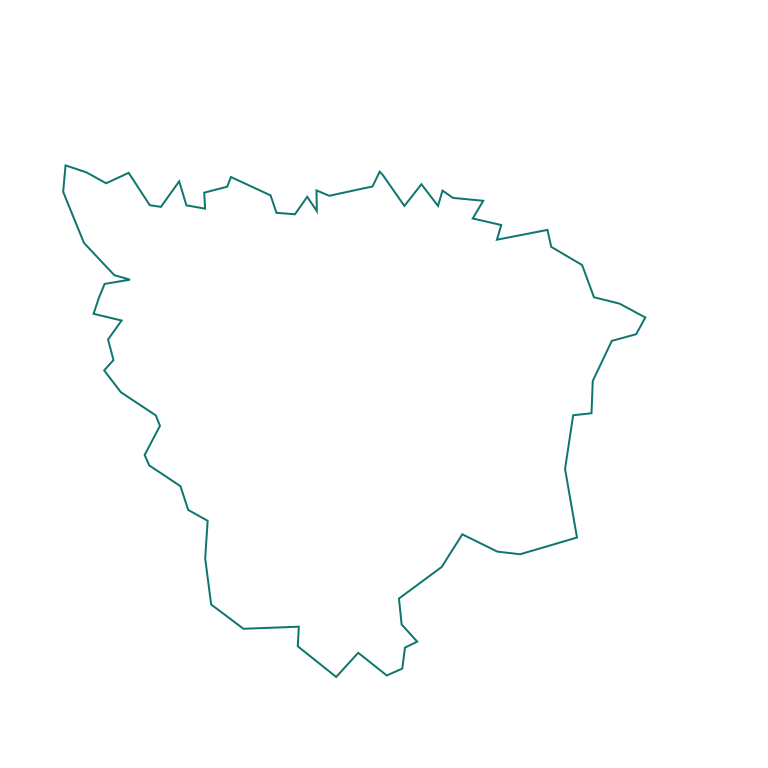 the district of Laurel, Kentucky, United States of America, rotated 77°
{"feature_id": "52423323B31259142066888", "entity_name": "Laurel", "entity_type": "district", "adm_level": 2, "iso_a3": "USA", "parent_name": "United States of America", "parent_adm1": "Kentucky", "projection": "robinson", "projection_center": [-84.158, 37.138], "detail": "fine", "context": "isolated", "style": "outline", "palette": "teal", "viewbox_px": 768, "rotation_deg": 77, "n_neighbors": 0, "source": "geoboundaries", "source_scale": "gbopen_adm2", "svg_char_len": 1148}
<svg xmlns="http://www.w3.org/2000/svg" viewBox="0 0 768 768"><g transform="rotate(77 384 384)"><path d="M410.6,631.0L437.8,605.3L462.7,603.1L477.6,586.6L513.8,597.5L560.0,602.0L590.9,576.0L601.3,521.6L620.2,527.0L658.7,496.5L640.1,469.6L668.6,446.9L665.4,430.2L645.6,422.9L642.5,409.6L622.3,420.9L596.4,417.7L575.2,368.9L548.1,341.5L572.8,311.3L580.5,289.7L577.0,230.5L507.5,226.7L457.0,206.7L459.2,188.4L428.0,179.9L393.2,152.3L392.2,127.1L378.0,114.4L358.7,136.4L346.7,159.9L312.7,164.2L288.0,190.2L270.6,190.1L268.8,241.5L255.5,234.0L242.7,260.3L227.8,246.1L218.2,274.9L208.7,283.5L222.6,291.3L197.8,302.6L215.1,324.1L180.0,338.2L176.2,340.5L189.0,350.8L188.7,364.8L188.3,395.0L180.2,406.2L200.4,410.6L184.3,416.7L198.6,432.6L193.0,450.3L174.7,452.1L147.9,486.6L156.5,492.4L157.1,516.1L172.9,518.9L165.5,536.3L140.5,538.0L161.2,561.5L157.1,572.0L120.8,585.3L125.9,609.6L110.9,626.3L99.4,645.1L124.6,653.4L179.1,644.6L217.3,622.3L225.2,608.0L223.6,633.7L236.5,642.8L250.3,651.2L263.1,625.4L278.6,642.9L299.8,642.2L307.8,653.6L332.9,642.2L363.3,613.4L374.4,611.7L399.3,633.2L410.6,631.0Z" fill="none" stroke="#0f766e" stroke-width="2"/></g></svg>